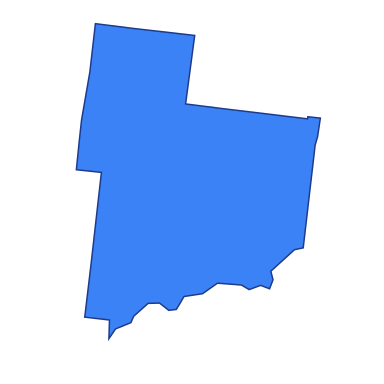 Chilton, Alabama, United States of America (orthographic projection), rotated 97°
{"feature_id": "52423323B35365477332818", "entity_name": "Chilton", "entity_type": "district", "adm_level": 2, "iso_a3": "USA", "parent_name": "United States of America", "parent_adm1": "Alabama", "projection": "orthographic", "projection_center": [-86.654, 32.866], "detail": "fine", "context": "isolated", "style": "filled", "palette": "blue", "viewbox_px": 384, "rotation_deg": 97, "n_neighbors": 0, "source": "geoboundaries", "source_scale": "gbopen_adm2", "svg_char_len": 660}
<svg xmlns="http://www.w3.org/2000/svg" viewBox="0 0 384 384"><g transform="rotate(97 192 192)"><path d="M85.1,308.0L134.0,310.4L155.8,310.1L184.0,309.5L183.6,284.3L275.4,283.4L329.3,283.2L329.1,258.3L347.7,256.6L337.2,251.2L329.1,236.7L322.4,234.7L307.9,222.0L306.2,210.7L312.3,200.6L310.5,193.3L303.7,190.2L296.7,187.2L291.7,169.2L279.4,155.6L278.3,131.6L281.9,123.4L276.3,112.5L278.6,103.2L269.2,100.9L261.0,104.1L236.8,83.3L233.9,74.8L176.1,75.2L141.3,75.4L130.4,75.5L121.8,74.1L103.0,73.6L103.2,86.2L105.3,86.2L105.5,171.3L105.4,202.4L105.4,209.1L36.3,208.4L36.8,270.3L36.7,308.4L85.1,308.0Z" fill="#3b82f6" stroke="#1e3a8a" stroke-width="1.5"/></g></svg>